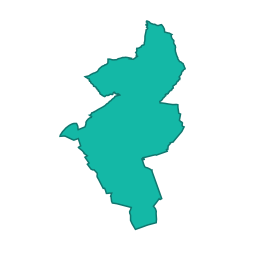 outline of Fagaras, Brasov, Romania, rotated 348°
{"feature_id": "2599482B59919238366937", "entity_name": "Fagaras", "entity_type": "district", "adm_level": 2, "iso_a3": "ROU", "parent_name": "Romania", "parent_adm1": "Brasov", "projection": "robinson", "projection_center": [24.974, 45.842], "detail": "fine", "context": "isolated", "style": "filled", "palette": "teal", "viewbox_px": 256, "rotation_deg": 348, "n_neighbors": 0, "source": "geoboundaries", "source_scale": "gbopen_adm2", "svg_char_len": 5641}
<svg xmlns="http://www.w3.org/2000/svg" viewBox="0 0 256 256"><g transform="rotate(348 128 128)"><path d="M191.3,57.1L191.0,56.7L190.7,55.8L190.3,54.4L191.0,52.2L190.9,51.7L190.0,50.5L189.5,48.9L189.4,47.2L189.6,46.2L190.4,45.7L190.1,45.5L188.1,43.8L186.8,43.3L183.8,41.7L184.1,38.9L183.4,36.2L182.3,33.9L181.3,33.8L179.1,34.1L177.6,33.7L175.8,32.1L174.7,32.0L173.4,31.2L171.8,30.2L170.8,28.6L169.3,27.5L168.4,27.3L168.0,28.1L168.5,28.6L168.8,29.9L168.6,30.8L168.1,30.4L167.5,30.3L167.0,30.8L167.3,31.6L168.1,32.3L167.9,32.8L167.2,33.4L168.0,34.1L167.8,34.9L166.9,35.5L166.0,35.9L166.0,36.5L163.7,41.7L163.1,44.3L162.8,45.5L162.3,46.8L161.6,48.1L161.4,49.3L160.6,50.1L159.7,50.0L158.7,50.2L158.1,50.7L157.6,51.5L157.0,51.4L156.4,51.7L155.3,52.0L154.4,52.1L153.2,51.9L153.1,52.3L152.8,52.7L153.0,53.2L152.9,53.7L152.5,54.6L151.9,55.4L151.3,55.7L151.6,56.2L151.6,56.8L151.8,57.9L151.4,58.4L151.1,59.1L151.7,59.2L152.3,59.8L152.1,60.0L151.1,60.1L150.0,60.9L149.4,61.0L147.4,61.9L144.2,60.7L145.2,60.3L142.3,59.0L141.5,58.7L140.3,58.3L138.4,58.2L137.8,57.9L134.8,58.2L132.7,58.2L132.0,58.6L131.3,58.8L129.4,58.6L127.7,58.3L126.5,57.9L125.2,57.1L124.8,57.1L124.1,56.7L122.7,56.5L122.6,57.1L122.5,57.9L122.0,59.5L122.0,60.0L121.5,60.5L121.1,60.8L120.3,61.2L120.1,61.3L119.9,61.3L119.3,61.5L119.0,61.5L118.6,61.4L118.4,61.5L117.6,61.9L117.3,62.0L115.7,62.2L112.4,63.9L111.8,64.4L110.3,66.0L109.7,66.4L108.4,66.8L106.8,67.2L105.7,67.2L105.2,67.3L102.3,68.1L101.3,68.6L100.7,68.8L100.0,68.9L96.7,68.9L97.0,69.3L98.2,70.3L99.1,71.4L99.3,71.5L99.6,71.7L100.1,71.7L100.3,71.9L100.4,72.3L100.3,72.6L100.0,73.2L100.0,73.6L100.1,74.0L100.2,74.3L100.4,74.4L100.6,74.3L100.8,74.4L101.0,74.6L101.0,74.9L101.1,75.3L101.0,75.8L101.1,76.1L101.2,76.3L102.1,77.3L102.3,77.6L102.5,77.8L102.8,78.2L103.0,78.6L103.1,79.1L103.1,79.3L103.0,79.7L103.1,79.9L103.2,80.1L104.3,80.6L104.9,81.1L105.1,81.4L105.2,81.7L105.2,82.1L105.3,82.4L105.7,82.7L105.8,83.0L105.9,83.9L106.0,84.1L106.2,84.4L106.4,84.5L106.6,84.6L106.8,84.8L106.9,85.1L106.8,85.9L106.9,86.0L107.3,86.2L107.4,86.3L107.5,86.7L107.7,87.0L107.8,87.6L107.7,87.8L107.8,88.4L107.8,88.7L107.9,88.9L108.1,89.2L108.3,89.4L108.7,89.6L109.2,90.0L109.2,90.3L109.5,90.6L109.8,91.0L110.3,91.3L110.5,91.5L111.2,92.1L111.6,92.4L111.9,92.4L113.3,91.7L113.7,91.6L114.0,91.6L114.9,92.0L115.2,92.0L115.5,92.0L115.8,91.9L116.3,91.9L116.5,91.6L117.0,91.5L117.2,91.4L117.4,91.3L117.6,91.3L119.0,91.7L119.4,92.0L119.9,92.0L120.1,91.9L120.1,91.5L120.2,91.4L120.5,91.1L120.9,90.6L121.5,90.2L122.0,90.1L122.4,90.4L122.5,90.6L122.5,90.9L122.4,91.1L122.4,91.3L122.9,91.8L123.2,91.9L123.6,92.1L124.1,92.5L124.4,92.9L124.6,93.1L124.9,92.9L125.1,92.4L125.3,92.3L126.0,93.1L126.7,93.6L126.9,94.1L124.4,94.2L123.4,94.2L122.4,94.3L121.9,94.4L121.7,94.5L121.3,95.2L120.9,95.5L119.9,95.9L118.1,96.8L117.4,97.4L116.7,97.8L115.2,98.3L114.6,99.0L113.9,99.4L113.5,99.6L113.2,99.8L112.2,100.0L111.0,100.8L110.1,101.4L108.5,101.9L108.0,102.1L107.5,102.3L106.4,102.6L105.5,102.9L104.9,103.0L104.2,103.3L103.2,103.5L101.8,104.0L99.9,104.7L99.2,104.9L98.3,105.0L98.2,105.1L98.2,105.3L95.8,105.7L95.6,105.7L95.5,105.9L95.1,106.5L94.3,107.2L93.4,107.5L93.1,107.5L93.3,107.7L93.5,108.2L93.8,108.4L94.2,108.6L94.6,109.0L94.8,109.1L94.3,110.0L92.6,110.2L91.7,110.6L90.9,111.0L89.0,112.5L88.5,113.1L88.1,113.6L88.0,113.9L87.9,114.7L87.8,115.0L86.9,116.8L86.1,118.0L78.9,119.3L78.9,118.8L79.2,116.4L79.2,115.7L79.1,115.0L78.9,114.2L78.6,112.9L77.1,112.5L75.7,112.3L74.3,112.4L72.6,112.8L71.0,113.3L69.5,114.0L67.2,115.1L64.4,117.2L63.6,117.7L63.2,118.0L60.3,120.9L59.8,122.0L62.8,122.4L64.6,122.8L65.0,123.0L70.6,127.3L72.5,128.6L77.2,128.0L78.0,135.7L75.5,136.6L75.7,137.2L78.5,140.6L79.7,142.8L80.0,143.3L79.7,143.7L79.8,143.9L80.9,144.9L82.4,146.7L79.8,147.6L82.6,154.2L80.7,155.0L83.3,160.6L85.1,161.8L86.1,161.8L88.4,165.7L88.4,166.7L87.9,168.0L87.7,168.9L87.7,169.6L88.5,172.0L91.2,181.9L92.6,182.1L93.0,184.2L93.3,187.5L94.8,187.8L96.0,187.8L98.5,188.3L96.8,191.2L97.1,191.6L96.7,196.2L97.1,198.1L101.3,199.7L114.7,206.4L113.1,209.2L112.6,209.5L112.1,210.4L112.2,210.7L112.0,211.6L112.3,213.2L112.3,214.2L111.3,218.9L112.1,222.5L113.3,226.1L114.2,228.7L121.2,227.8L125.9,227.1L127.8,226.9L135.9,226.5L136.6,224.1L136.9,223.2L137.7,217.5L138.3,215.3L138.0,212.8L137.4,211.4L136.6,209.8L139.9,207.1L143.6,203.8L143.7,204.3L144.2,204.3L144.6,204.6L146.3,204.1L142.7,177.4L142.5,175.3L142.7,174.2L142.1,174.3L141.7,173.4L139.9,171.9L138.5,170.9L137.0,170.2L136.3,169.3L135.8,166.8L135.4,162.2L137.3,162.1L137.3,161.8L135.2,161.8L135.1,161.2L136.6,161.2L136.5,160.2L138.2,160.2L146.8,159.9L149.2,159.9L150.0,160.4L161.5,158.9L161.1,157.2L161.8,156.9L162.5,157.2L163.6,153.8L165.7,152.4L166.3,151.7L166.2,151.3L169.5,151.0L169.7,150.6L179.9,142.6L183.1,138.6L181.7,137.6L181.5,136.5L182.3,134.4L181.7,133.2L181.2,133.2L179.9,131.1L182.3,125.3L180.7,124.1L181.1,118.4L181.6,115.6L180.5,115.1L176.7,114.4L174.7,113.7L172.2,112.8L169.8,111.8L166.5,110.6L164.6,110.1L164.6,108.6L166.5,108.0L167.8,106.9L168.7,105.9L169.4,105.7L170.9,104.5L171.7,104.2L171.5,103.1L172.6,102.6L173.2,103.0L174.6,102.5L174.9,101.6L175.5,101.5L176.1,100.9L176.9,100.3L177.8,100.3L178.4,99.7L178.9,99.7L179.3,98.8L180.6,98.3L180.6,96.7L181.0,96.1L182.0,95.8L183.4,95.1L183.9,95.1L185.9,92.6L186.7,92.6L187.7,91.4L188.6,91.4L189.2,90.0L188.7,89.8L188.7,88.6L191.4,86.3L192.0,84.8L193.0,83.6L193.6,83.6L194.4,82.6L196.2,82.0L196.2,81.5L195.7,79.5L195.7,78.3L195.3,77.6L195.3,76.5L194.2,75.5L193.9,74.9L193.4,74.4L192.3,73.7L191.1,70.7L191.3,69.8L190.8,67.8L190.5,65.2L190.5,64.3L190.3,63.7L190.6,60.5L191.3,59.0L191.3,57.1Z" fill="#14b8a6" stroke="#0f766e" stroke-width="1.5"/></g></svg>